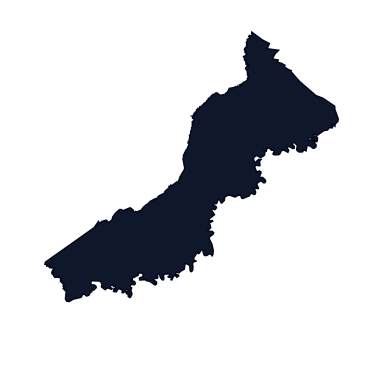 outline of Chumphon Buri, Surin, Thailand, rotated 310°
{"feature_id": "78962969B67487530152126", "entity_name": "Chumphon Buri", "entity_type": "district", "adm_level": 2, "iso_a3": "THA", "parent_name": "Thailand", "parent_adm1": "Surin", "projection": "mercator", "projection_center": [103.342, 15.383], "detail": "fine", "context": "isolated", "style": "filled", "palette": "ink", "viewbox_px": 384, "rotation_deg": 310, "n_neighbors": 0, "source": "geoboundaries", "source_scale": "gbopen_adm2", "svg_char_len": 6044}
<svg xmlns="http://www.w3.org/2000/svg" viewBox="0 0 384 384"><g transform="rotate(310 192 192)"><path d="M233.5,154.5L228.3,157.3L227.7,156.9L226.8,157.9L226.8,159.3L223.2,160.0L222.3,160.8L220.8,160.4L214.3,162.0L213.2,163.3L211.7,163.7L205.8,170.9L204.3,171.8L198.2,172.7L196.9,173.4L196.3,172.9L195.0,174.4L194.5,173.6L193.9,174.3L192.0,174.3L190.7,176.4L190.0,173.9L183.4,172.4L183.7,171.4L182.0,171.4L181.5,170.8L180.8,171.8L175.4,170.9L173.1,171.6L168.1,169.3L166.0,169.0L164.5,169.5L163.5,168.3L157.9,166.0L153.4,165.8L153.2,165.2L149.3,164.6L144.2,164.7L144.0,163.9L141.0,162.6L141.0,161.4L140.0,161.2L139.3,160.2L140.4,158.2L140.1,154.7L133.5,151.3L133.0,149.0L132.1,147.9L130.8,147.6L130.3,148.1L129.7,147.4L126.1,147.0L121.9,147.4L119.1,148.7L115.1,147.8L115.3,144.4L111.7,142.0L108.7,141.5L109.3,139.3L101.8,140.0L44.0,124.8L42.1,125.8L43.0,127.3L41.9,128.4L42.8,129.0L42.7,131.9L43.5,132.1L43.5,133.1L44.2,133.5L44.4,135.4L41.7,135.8L41.3,136.8L40.9,136.1L40.1,136.5L40.6,137.2L39.4,137.5L39.6,138.4L38.7,140.6L39.0,141.3L38.5,141.7L40.7,144.2L41.7,146.7L38.9,148.8L39.9,149.7L38.9,150.3L39.2,152.1L38.4,152.6L38.3,153.8L37.0,153.8L35.7,156.7L35.2,156.1L35.0,159.6L28.7,163.8L27.8,166.1L29.2,168.4L33.6,169.9L39.6,174.4L40.8,174.7L43.5,173.8L44.5,175.7L44.6,178.1L46.5,179.3L49.8,178.7L51.1,179.3L52.5,178.3L53.8,179.8L57.1,180.1L58.0,179.2L58.0,176.9L56.0,174.6L58.1,172.2L59.5,172.1L64.4,178.5L64.5,180.0L63.3,182.8L61.7,183.1L61.1,184.0L61.3,188.2L64.3,188.9L65.8,193.0L66.7,192.6L66.4,190.8L67.2,189.8L69.8,190.6L69.2,192.9L70.5,193.8L70.4,194.6L69.1,195.2L67.2,194.3L66.6,195.5L65.5,195.7L65.6,196.3L66.9,198.2L70.1,197.7L71.2,198.4L72.1,201.9L70.1,203.0L70.4,204.1L74.2,204.6L75.9,204.0L75.9,205.7L75.2,206.6L74.2,206.6L73.2,205.6L72.5,206.0L72.1,207.1L72.6,209.0L71.0,210.3L71.1,212.1L72.0,212.5L75.1,211.7L77.4,208.3L79.7,207.4L79.7,205.4L80.5,204.8L82.3,205.0L83.9,207.5L85.3,207.5L86.5,205.7L85.6,203.3L87.6,201.6L93.4,204.2L95.6,203.2L97.6,205.4L97.3,208.1L95.5,208.7L92.2,207.0L91.0,208.6L94.7,212.4L94.9,214.4L96.4,217.0L97.0,223.4L98.3,223.9L99.6,223.4L100.3,222.2L99.9,219.6L100.3,218.7L101.3,218.7L103.7,220.9L104.9,220.5L106.1,218.6L106.8,218.6L108.0,219.8L106.1,223.1L105.6,225.5L106.0,226.4L107.4,226.3L109.3,224.1L111.3,223.5L114.7,227.4L114.1,228.5L111.7,228.2L111.8,229.3L113.4,230.9L112.8,231.9L111.3,232.2L111.7,233.1L115.7,231.9L117.4,232.8L116.9,235.1L119.1,235.8L119.6,235.1L118.5,232.3L120.3,231.0L121.7,234.0L123.9,234.2L127.9,235.7L132.7,232.7L133.7,234.3L134.2,237.6L130.5,241.2L130.3,242.3L130.8,242.9L132.5,242.7L135.0,241.1L137.6,238.2L139.9,238.2L142.0,240.0L140.9,237.5L142.6,235.6L147.8,235.0L148.8,235.5L149.2,236.8L150.3,236.9L153.6,236.2L154.4,237.6L151.8,241.0L151.5,242.5L152.7,244.0L156.1,245.2L156.5,246.5L156.1,248.4L157.4,248.2L160.8,245.9L164.7,240.9L167.5,234.7L169.1,234.3L173.2,235.3L174.6,234.9L174.9,232.9L172.5,230.0L172.8,228.8L176.6,229.3L178.5,226.9L178.5,225.8L179.6,225.3L182.9,226.6L183.2,225.8L181.7,224.8L181.3,223.8L182.1,222.4L189.1,223.8L190.8,218.1L192.0,218.3L193.2,220.9L195.7,220.9L196.4,219.3L195.0,216.6L195.8,215.7L199.0,218.2L203.3,216.9L203.9,218.1L202.4,221.2L202.7,221.9L206.2,222.2L209.2,220.3L211.8,221.2L213.9,223.0L215.8,228.2L218.7,229.2L220.4,230.7L220.6,231.7L219.3,233.9L219.7,235.1L225.8,238.3L229.0,237.8L230.1,241.1L230.7,241.7L232.7,240.9L234.8,237.6L235.7,237.7L236.9,240.4L237.6,240.5L239.6,236.6L240.9,236.3L244.8,237.3L245.2,241.2L246.2,241.9L247.7,241.4L248.3,240.3L248.5,236.7L247.0,235.0L246.9,233.7L250.9,232.6L251.7,231.9L251.5,230.2L249.5,229.0L249.2,227.9L251.7,223.6L254.0,223.9L255.0,226.5L256.0,227.0L258.9,224.0L261.3,224.0L259.8,222.1L255.2,221.5L255.2,220.4L256.9,217.6L258.8,217.2L261.6,218.0L262.4,222.4L266.5,223.9L268.8,222.8L270.0,220.7L271.0,222.7L273.2,221.5L274.6,222.1L275.4,223.1L275.1,226.0L276.6,228.0L276.0,228.8L273.2,229.6L273.2,230.9L276.3,234.4L277.7,234.8L281.2,233.9L283.1,235.1L284.1,239.9L286.1,239.3L286.8,236.4L287.7,236.0L289.2,237.2L290.2,241.5L291.4,242.1L292.7,240.9L293.0,237.8L294.9,237.7L295.6,239.2L295.4,242.8L291.8,244.9L291.3,245.9L291.5,248.3L293.8,250.9L296.1,250.4L296.8,252.9L301.1,250.5L302.2,250.8L303.1,252.8L303.3,256.5L304.1,257.5L306.3,257.9L307.9,256.7L309.1,250.6L308.6,249.5L306.8,248.8L306.5,248.0L308.1,246.8L309.5,247.6L310.7,250.2L309.9,253.9L310.8,255.3L312.5,254.7L314.3,253.0L314.5,251.4L313.1,249.3L313.9,248.2L315.2,248.8L316.1,251.5L323.7,253.5L326.7,256.0L329.3,255.7L331.4,258.2L332.7,257.7L333.1,255.7L334.2,255.6L334.2,259.2L336.1,258.0L340.1,258.3L342.2,256.7L347.0,248.4L349.4,246.2L348.0,232.2L345.5,224.9L345.8,203.3L347.8,190.4L348.7,190.0L347.6,186.5L347.2,182.0L348.8,181.8L348.1,177.8L346.3,174.2L348.5,173.2L345.8,168.4L345.9,167.9L351.1,166.8L356.2,167.2L350.0,157.4L355.5,155.9L353.7,148.3L352.9,135.1L351.7,135.9L351.8,137.0L349.9,137.0L349.1,136.5L349.1,135.6L347.7,135.3L347.5,136.1L348.5,136.6L347.3,137.7L344.5,136.2L343.4,137.2L341.2,137.7L341.1,138.7L339.4,139.4L338.9,140.4L335.7,140.1L334.4,141.0L334.1,142.5L333.1,142.7L333.0,145.2L329.3,145.1L329.0,143.8L328.4,145.9L326.7,147.6L327.1,148.8L324.6,151.3L324.6,153.1L325.9,152.3L325.5,154.6L324.6,154.7L322.8,153.2L320.9,153.8L320.4,156.4L317.2,159.5L317.1,160.9L314.3,161.6L314.1,162.6L310.6,161.9L309.0,160.8L306.6,161.3L306.8,160.7L304.6,159.6L304.3,161.0L303.5,161.2L303.4,160.4L302.0,159.9L302.6,158.9L301.4,158.9L300.9,157.8L298.9,157.0L295.4,154.0L290.9,155.1L289.7,154.4L288.1,154.7L284.1,151.4L284.0,147.5L282.8,146.4L281.1,146.3L280.4,145.4L279.6,146.0L279.1,145.1L275.1,145.1L274.2,144.4L273.5,145.1L271.2,144.6L269.3,145.3L268.5,144.4L263.3,144.1L262.2,143.2L260.7,144.1L259.8,142.8L258.9,144.1L258.0,142.6L256.3,143.7L255.4,143.3L255.4,144.1L254.7,143.6L254.5,144.3L253.8,143.2L252.4,143.5L253.2,143.9L251.8,144.9L251.5,144.3L250.7,144.7L250.0,143.6L250.0,144.3L248.9,145.0L249.2,146.6L248.6,147.3L245.6,147.2L244.2,149.1L243.5,149.0L243.3,149.9L240.7,150.5L239.7,151.7L237.7,152.0L235.4,153.8L233.8,153.7L233.5,154.5Z" fill="#0f172a" stroke="#020617" stroke-width="1.5"/></g></svg>